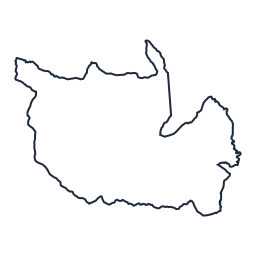 outline of Iruya, Salta, Argentina
{"feature_id": "61730980B58435423783603", "entity_name": "Iruya", "entity_type": "district", "adm_level": 2, "iso_a3": "ARG", "parent_name": "Argentina", "parent_adm1": "Salta", "projection": "orthographic", "projection_center": [-64.795, -22.777], "detail": "fine", "context": "isolated", "style": "outline", "palette": "slate", "viewbox_px": 256, "rotation_deg": 0, "n_neighbors": 0, "source": "geoboundaries", "source_scale": "gbopen_adm2", "svg_char_len": 5793}
<svg xmlns="http://www.w3.org/2000/svg" viewBox="0 0 256 256"><path d="M215.1,99.4L214.5,98.9L212.5,99.2L212.0,98.5L211.5,96.9L211.2,96.6L208.5,97.3L207.7,98.4L205.4,100.4L203.5,103.1L201.2,110.1L199.1,111.9L197.5,112.4L197.1,112.9L197.3,114.0L197.2,114.9L196.2,117.2L194.5,118.6L193.1,120.5L191.4,122.3L190.2,122.6L189.6,122.3L188.2,123.4L186.8,122.8L185.3,123.2L182.0,125.5L176.3,131.6L173.8,133.8L169.6,135.3L164.7,136.7L160.1,134.8L160.5,133.3L160.3,132.4L160.6,130.8L161.4,128.1L162.8,126.5L163.9,123.5L164.6,122.8L165.4,122.5L166.3,122.4L167.6,120.8L169.3,117.5L171.1,115.6L167.9,72.9L166.5,71.7L165.9,70.3L164.4,68.8L164.2,68.2L164.3,66.5L164.9,65.5L164.0,61.7L163.9,59.8L163.2,58.3L161.3,56.5L160.9,55.1L160.5,54.6L160.4,53.2L158.9,51.6L156.8,50.6L156.2,49.2L155.5,48.5L154.5,48.0L152.7,46.0L152.5,45.2L151.3,44.3L149.8,42.0L148.0,40.7L146.4,40.5L145.7,40.7L145.5,41.3L146.0,42.5L146.8,43.2L146.8,45.6L146.3,48.2L146.5,51.2L146.0,52.7L146.3,54.1L148.1,57.7L149.4,59.1L150.8,61.6L152.3,62.7L153.3,63.8L153.4,64.5L154.6,66.1L156.0,69.5L157.3,71.1L156.7,73.6L155.8,74.8L151.7,75.6L148.5,77.5L147.6,77.8L144.7,77.2L142.2,78.1L139.4,77.8L138.0,76.8L137.3,75.2L137.3,74.5L137.0,73.9L135.2,72.9L134.5,73.1L132.6,73.0L131.5,73.4L127.8,73.0L126.0,73.6L124.7,74.6L119.0,75.0L118.5,75.2L116.9,75.2L114.5,74.7L110.6,73.4L109.7,73.7L106.7,73.6L106.0,73.4L104.1,72.2L103.7,71.8L102.4,71.2L101.5,70.4L99.5,69.2L98.4,67.5L97.0,66.0L96.9,64.5L95.9,63.1L94.0,63.0L93.0,63.2L91.8,62.3L91.2,62.7L91.0,64.1L90.4,64.9L88.8,66.1L88.7,66.9L87.5,68.7L86.9,70.9L87.0,71.9L86.6,73.2L86.2,73.3L83.3,78.8L80.2,79.3L79.4,78.7L77.9,78.5L76.6,78.0L75.7,78.0L67.5,79.3L63.4,77.7L61.8,77.6L60.8,77.8L59.1,77.7L58.3,77.0L57.6,76.9L56.7,76.1L55.8,76.2L55.3,76.6L54.7,76.6L54.1,76.3L53.8,75.4L52.5,74.3L51.7,74.5L51.1,74.2L50.1,72.4L48.6,71.4L47.5,71.0L46.1,71.1L43.0,70.5L41.2,69.5L39.3,69.0L38.5,68.3L38.1,67.5L38.0,66.8L37.4,65.6L36.7,65.4L34.5,63.1L32.5,61.6L31.5,61.8L30.7,62.2L29.9,61.5L27.9,62.4L26.8,61.9L25.8,62.4L25.6,62.2L25.6,60.7L24.8,60.1L23.6,60.3L22.8,59.6L16.7,58.0L16.5,58.9L15.4,61.2L16.0,62.0L16.1,62.5L15.7,64.2L16.8,65.8L15.6,71.0L16.7,72.8L17.0,73.7L16.9,74.5L16.1,76.0L15.4,78.0L15.4,78.9L15.8,79.6L21.7,81.8L27.3,86.4L29.2,86.8L30.3,87.4L32.0,89.9L35.0,91.6L35.8,91.5L36.0,91.8L36.1,94.8L35.4,96.5L34.7,97.6L32.8,99.4L31.0,103.0L30.4,105.7L27.6,111.8L27.4,113.6L27.7,115.9L28.8,116.3L29.6,118.0L28.3,120.8L28.1,123.4L28.3,124.7L29.5,125.9L32.7,128.1L35.5,131.9L34.9,136.4L35.1,137.1L34.9,139.6L34.2,142.4L34.5,144.4L34.3,147.9L34.4,148.7L34.9,150.2L35.2,153.4L35.3,154.0L34.6,155.8L34.6,157.3L35.0,159.6L35.4,160.6L36.3,161.5L37.7,162.4L43.1,164.8L44.4,166.2L45.3,166.7L47.6,170.0L49.8,174.2L54.1,177.3L56.3,178.2L58.5,180.7L60.2,181.8L60.5,182.4L60.6,184.8L61.1,185.7L62.3,186.2L63.5,187.1L65.0,187.6L65.9,188.2L67.0,189.6L69.8,191.6L71.9,191.5L72.8,192.2L73.4,193.8L75.1,195.6L76.4,196.2L78.0,197.4L79.3,198.1L82.5,198.1L84.5,198.9L85.3,199.7L86.7,201.9L87.7,202.6L88.7,202.8L89.3,203.7L91.6,202.5L92.2,202.5L93.4,201.7L94.5,201.4L96.1,200.3L98.2,198.0L100.5,196.4L101.0,196.3L101.6,196.5L102.0,197.1L102.0,197.8L102.8,199.9L104.0,202.1L108.6,204.5L109.4,204.6L112.4,202.9L113.9,202.7L114.6,202.3L115.4,200.6L116.7,199.8L117.3,199.7L118.1,200.4L120.1,201.0L121.7,200.7L122.1,200.0L122.5,199.9L123.4,200.2L125.7,201.7L127.5,202.2L128.2,203.7L128.5,203.9L129.9,203.6L131.4,204.1L132.4,204.5L133.3,205.6L134.4,205.5L138.6,203.3L139.7,203.8L140.1,204.6L141.1,204.4L141.9,204.6L143.1,203.8L143.5,203.8L144.6,204.1L145.8,204.9L146.4,204.6L147.5,204.7L148.1,203.9L150.5,204.5L150.8,204.9L152.1,204.9L153.5,206.6L155.2,207.5L158.0,208.3L158.6,208.4L160.0,207.7L161.9,206.4L163.5,206.3L164.6,206.9L166.3,206.9L166.6,206.6L167.1,206.6L168.4,207.0L171.3,206.9L173.1,207.6L174.2,207.7L176.1,209.0L177.1,209.1L179.0,208.7L179.8,207.0L182.4,205.5L183.5,204.1L186.8,204.2L187.1,203.8L187.5,203.7L187.8,202.6L189.7,201.6L189.9,201.0L190.3,200.6L192.0,201.2L193.2,202.9L194.6,206.5L196.5,209.7L196.9,211.0L198.9,212.5L200.3,213.2L202.8,215.4L205.8,215.5L206.7,215.2L208.0,215.1L209.8,214.5L211.1,214.5L211.9,213.9L212.7,213.9L215.3,212.8L216.4,213.0L219.7,210.8L220.5,210.8L220.5,208.3L220.3,207.7L221.1,206.7L219.9,204.7L220.3,203.8L220.1,203.0L219.7,202.9L219.6,202.6L219.9,201.7L220.3,201.4L220.1,200.7L220.6,200.5L220.6,199.9L221.1,199.1L221.1,195.4L220.8,193.8L221.2,193.3L220.8,192.6L222.1,190.1L223.6,186.4L224.0,181.3L224.5,180.5L226.6,179.0L229.7,175.7L230.0,173.9L227.3,172.0L225.3,169.7L223.9,168.7L221.4,167.1L220.9,166.5L217.9,164.8L219.0,164.2L219.6,163.3L220.1,163.1L221.6,162.9L221.9,162.6L223.1,162.8L223.7,162.5L224.4,162.9L225.2,162.3L226.0,162.8L226.6,162.7L226.8,163.4L228.3,163.7L229.0,164.1L229.3,164.5L229.6,166.1L230.1,166.7L232.0,166.7L233.7,165.9L234.7,165.1L236.8,164.8L237.6,165.0L237.8,163.7L238.3,162.4L237.1,162.0L237.0,161.7L238.5,160.8L239.0,159.9L239.1,159.0L238.4,158.3L236.9,157.4L236.8,156.7L237.1,156.3L239.5,155.3L240.6,154.0L240.3,152.7L239.6,152.2L239.2,152.2L237.9,153.3L236.2,153.1L236.1,152.7L237.2,151.8L237.2,151.0L237.0,150.8L236.1,150.8L235.4,149.5L234.5,149.4L233.9,148.9L233.9,148.7L234.3,148.3L234.4,147.7L234.1,147.1L234.4,146.3L234.1,145.1L233.6,144.6L232.4,144.1L231.9,143.3L231.9,142.7L233.6,142.2L234.1,141.6L234.0,141.2L233.0,140.7L231.5,138.5L231.4,137.2L232.3,136.2L232.2,135.3L232.8,134.5L232.7,133.8L233.0,132.6L232.7,132.2L232.9,128.8L232.6,127.9L233.1,126.7L232.7,125.1L233.1,124.1L231.9,121.2L230.2,119.2L230.0,118.7L229.6,118.5L229.1,117.3L227.0,114.6L226.5,111.7L227.2,110.8L227.5,109.8L227.4,109.4L226.8,108.7L226.1,108.4L224.6,109.3L223.9,109.3L223.7,108.2L223.3,107.6L220.4,105.7L219.3,104.7L218.6,102.7L217.7,102.3L216.9,101.4L216.5,101.2L215.8,101.7L215.0,101.4L214.8,100.5L215.1,99.4Z" fill="none" stroke="#1e293b" stroke-width="2"/></svg>